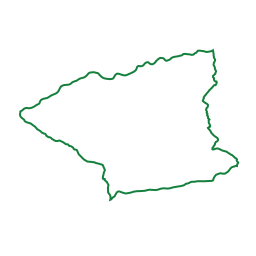 Tipacoque, Boyacá, Colombia (Robinson projection), rotated 264°
{"feature_id": "7082276B13744677473315", "entity_name": "Tipacoque", "entity_type": "district", "adm_level": 2, "iso_a3": "COL", "parent_name": "Colombia", "parent_adm1": "Boyacá", "projection": "robinson", "projection_center": [-72.693, 6.427], "detail": "fine", "context": "isolated", "style": "outline", "palette": "green", "viewbox_px": 256, "rotation_deg": 264, "n_neighbors": 0, "source": "geoboundaries", "source_scale": "gbopen_adm2", "svg_char_len": 5855}
<svg xmlns="http://www.w3.org/2000/svg" viewBox="0 0 256 256"><g transform="rotate(264 128 128)"><path d="M58.5,102.9L58.8,103.9L60.1,105.1L60.9,106.4L61.2,107.2L61.7,107.7L63.0,108.5L65.0,110.1L65.6,110.8L65.9,111.7L65.8,112.8L64.1,116.3L63.3,118.2L63.1,119.6L63.4,123.6L64.0,126.6L64.2,129.1L64.2,131.2L64.0,133.1L63.8,138.2L64.1,140.1L64.4,142.9L63.4,148.8L63.6,151.8L64.1,153.7L64.3,155.1L64.3,156.7L64.1,158.6L63.7,160.3L63.6,163.1L64.2,166.1L64.6,171.5L64.7,174.1L65.1,177.2L65.7,178.6L66.4,179.6L66.7,182.2L67.8,185.1L67.8,186.6L67.6,188.1L67.8,191.2L67.4,195.9L67.1,197.4L67.0,200.3L66.8,202.4L66.8,203.1L66.7,205.8L66.8,206.7L67.4,207.3L68.8,207.8L70.0,208.6L70.8,209.2L72.2,210.6L72.5,211.4L73.3,214.6L73.3,215.3L73.2,215.9L72.7,217.3L72.6,218.5L72.5,219.2L72.7,220.3L73.1,220.7L73.8,222.4L74.9,223.7L76.4,225.1L77.2,225.8L78.0,226.9L78.5,228.4L78.5,229.2L79.0,231.0L79.1,231.6L78.8,232.4L79.5,232.5L80.3,232.8L80.7,233.0L81.8,233.9L82.1,234.0L82.6,233.7L83.3,233.1L84.4,232.7L84.6,232.7L85.0,232.9L85.5,233.1L86.3,232.5L86.8,231.7L87.5,231.0L88.1,230.6L88.2,230.4L89.8,229.1L90.2,228.6L91.0,227.2L91.5,226.8L92.3,225.7L93.5,224.2L94.0,223.7L94.3,223.3L94.6,222.3L95.8,219.4L96.2,218.7L96.7,218.1L98.2,215.3L98.3,214.9L98.3,213.7L97.9,211.7L97.8,210.8L97.9,209.8L98.0,209.7L99.5,210.0L100.3,211.1L101.0,211.3L101.4,211.6L101.9,212.2L102.6,212.7L103.8,213.0L104.3,213.4L105.0,214.0L105.3,215.0L105.8,215.8L106.8,216.3L107.4,216.2L107.7,216.3L109.0,215.6L109.4,215.0L111.3,212.8L112.1,212.2L114.2,210.5L115.2,210.1L116.6,209.6L118.3,208.4L119.0,208.0L119.6,207.5L119.8,207.5L120.1,208.6L120.4,209.0L120.7,209.0L120.8,209.8L121.0,209.9L121.7,209.9L122.8,209.7L124.5,208.9L127.0,209.0L127.5,209.2L127.7,209.4L127.7,209.7L127.9,209.9L128.3,209.7L128.5,209.4L129.1,208.8L129.5,208.6L130.0,208.6L130.4,208.8L131.0,208.8L131.4,208.7L132.3,207.9L132.5,207.9L132.9,208.3L133.8,208.5L134.3,208.2L134.8,207.8L135.2,207.8L135.8,208.2L137.3,207.8L137.6,207.6L138.0,207.5L139.5,208.2L139.7,208.3L140.1,209.1L141.4,209.8L142.0,209.8L142.8,209.9L143.0,209.8L143.4,209.4L144.1,208.6L144.7,207.7L145.3,207.1L146.0,206.2L147.1,205.3L147.2,205.2L147.6,205.3L148.0,205.6L148.5,205.9L148.9,206.0L149.4,206.3L149.6,206.5L150.8,206.6L151.8,207.6L152.2,207.8L152.5,208.5L153.1,208.9L156.6,212.5L157.0,212.7L157.7,213.8L158.5,214.6L159.3,215.8L159.6,216.1L159.9,216.3L161.6,218.2L161.5,219.4L161.6,219.7L163.1,220.7L163.6,220.9L163.8,220.9L164.9,221.0L165.0,220.9L164.9,220.5L165.4,219.4L165.8,219.1L166.5,218.7L167.9,218.5L168.4,218.8L168.9,218.6L169.6,217.9L170.1,217.9L170.8,217.9L171.0,218.1L172.6,220.3L172.8,220.2L173.3,220.6L175.2,221.5L175.4,221.5L177.4,220.7L178.7,220.6L179.2,220.7L181.8,219.7L182.2,219.7L182.9,220.0L183.7,220.1L184.3,220.6L185.4,221.3L186.7,221.8L187.0,221.8L187.8,221.4L188.7,220.9L189.5,220.8L189.8,220.8L190.4,220.9L191.0,220.7L192.7,220.9L196.4,220.6L196.1,220.0L195.7,219.0L195.4,215.7L195.4,214.4L195.5,213.7L196.6,211.0L196.8,210.1L197.5,206.9L197.5,205.7L197.4,205.4L195.6,203.5L195.3,202.3L195.0,201.8L194.4,201.2L194.3,200.9L194.1,200.4L194.1,199.4L194.2,198.7L194.3,198.2L194.9,196.6L195.1,195.1L195.7,192.8L195.8,191.1L195.7,190.6L195.2,190.1L194.8,189.4L194.6,188.7L194.1,185.0L193.9,181.2L193.6,179.8L193.4,179.2L193.0,178.5L191.8,176.9L191.4,175.7L190.9,173.7L190.9,173.2L191.0,172.7L191.3,172.3L193.2,170.9L193.5,170.7L193.8,170.0L194.2,168.4L194.3,167.2L194.1,166.8L193.7,165.8L191.7,163.0L191.3,162.6L190.7,162.3L190.5,162.0L189.8,161.1L189.0,159.7L188.9,159.3L188.9,158.7L189.0,157.8L189.2,157.2L189.9,156.2L191.0,155.3L191.2,154.9L191.4,154.5L191.4,154.0L191.2,153.3L191.1,152.6L190.6,151.8L190.1,151.2L189.1,150.2L188.7,149.7L188.2,148.6L188.1,147.4L188.2,146.1L188.5,145.5L188.5,144.9L188.4,144.3L187.8,143.5L185.7,142.5L184.5,141.6L183.1,139.2L182.8,138.2L181.7,135.1L181.6,134.4L181.2,133.6L180.7,131.6L180.6,130.6L180.9,129.1L181.5,127.6L182.9,124.5L183.1,123.7L183.1,123.0L183.0,122.4L182.7,121.8L181.6,120.5L179.4,119.0L178.8,118.3L178.5,117.3L178.5,114.9L179.3,111.4L180.0,109.3L180.4,108.6L181.7,107.0L183.7,105.3L184.9,104.5L185.7,103.8L186.4,101.6L186.7,100.9L187.1,99.6L187.1,96.3L186.9,95.2L186.2,94.2L184.4,92.3L183.5,91.0L182.9,89.5L182.6,88.0L182.2,85.5L181.6,84.0L180.3,81.6L179.9,79.2L179.3,77.4L178.2,76.0L177.5,74.6L177.3,72.7L177.4,69.4L177.3,68.4L176.6,66.2L175.3,64.8L172.8,63.3L171.2,62.0L170.2,60.6L169.6,59.0L168.8,56.3L168.1,54.5L166.5,51.3L166.2,50.0L165.9,46.9L165.4,45.5L164.9,44.4L164.2,43.7L162.1,42.6L161.5,42.1L161.1,41.4L160.4,39.3L159.0,36.7L158.7,35.8L158.3,34.6L158.0,33.0L157.9,31.9L158.4,29.9L158.6,28.7L158.4,27.8L158.0,26.6L156.6,24.7L155.7,22.7L155.1,22.7L153.6,22.2L152.1,22.0L151.5,22.1L150.5,22.4L149.7,22.9L147.0,25.6L146.0,25.9L145.2,26.4L144.7,27.3L143.9,28.6L142.6,31.8L142.4,32.1L141.5,32.9L139.2,35.5L138.0,36.5L136.6,37.3L133.8,40.8L132.3,42.0L131.7,42.9L131.3,44.0L130.7,45.2L129.8,45.7L129.0,46.0L128.4,46.4L128.2,46.6L128.1,47.1L127.4,47.6L127.1,48.2L127.1,48.7L126.6,49.9L126.0,50.6L124.9,51.3L124.3,52.4L123.3,53.5L123.1,54.1L122.7,54.7L122.5,55.1L122.4,56.2L122.5,57.2L122.7,57.9L122.7,58.2L122.6,58.8L120.3,62.5L119.7,63.0L119.2,63.7L118.6,64.2L118.4,64.6L118.1,66.0L117.8,66.8L116.7,67.4L116.3,67.8L116.0,68.9L115.7,69.6L115.1,70.4L113.9,71.6L113.1,71.7L112.4,72.2L112.1,72.8L112.0,73.6L111.6,74.6L111.3,74.8L110.7,75.1L107.6,76.0L106.6,76.6L102.0,80.3L101.2,81.0L99.2,83.7L98.8,84.3L98.1,88.3L97.9,88.7L97.7,89.0L97.7,89.8L97.6,90.6L96.6,92.3L95.3,95.9L94.8,96.9L94.5,97.8L93.8,99.0L91.9,99.6L91.1,99.8L89.2,100.5L88.7,100.6L87.8,100.3L86.5,99.5L85.6,99.1L84.5,98.9L83.3,98.3L81.2,97.8L80.4,97.7L80.1,97.8L79.6,99.5L78.8,99.3L76.3,101.4L73.4,102.6L73.0,102.6L72.4,102.3L71.2,101.9L69.8,101.7L68.1,101.7L66.7,101.5L65.8,101.6L64.5,102.3L63.2,103.1L62.5,103.3L61.5,103.4L59.7,103.2L59.0,103.1L58.5,102.9Z" fill="none" stroke="#15803d" stroke-width="2"/></g></svg>